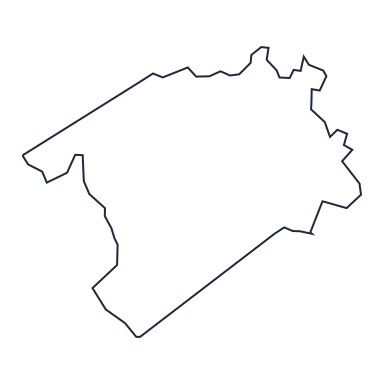 outline of Darlington, South Carolina, United States of America
{"feature_id": "52423323B78464360666079", "entity_name": "Darlington", "entity_type": "district", "adm_level": 2, "iso_a3": "USA", "parent_name": "United States of America", "parent_adm1": "South Carolina", "projection": "albers", "projection_center": [-79.93, 34.31], "detail": "fine", "context": "isolated", "style": "outline", "palette": "slate", "viewbox_px": 384, "rotation_deg": 0, "n_neighbors": 0, "source": "geoboundaries", "source_scale": "gbopen_adm2", "svg_char_len": 965}
<svg xmlns="http://www.w3.org/2000/svg" viewBox="0 0 384 384"><path d="M23.1,155.0L23.0,156.3L28.1,164.4L42.2,171.6L46.8,182.6L67.1,172.7L75.2,154.8L82.7,155.2L83.8,181.1L89.3,194.0L105.0,208.2L104.8,216.0L105.5,217.4L111.5,228.4L114.4,238.2L117.6,244.5L117.1,265.0L92.5,288.1L105.8,309.5L125.0,323.1L136.3,336.9L140.0,336.9L191.4,297.5L198.2,292.3L223.7,272.7L236.5,262.9L264.7,241.3L274.6,233.7L284.2,227.4L292.7,231.0L300.2,231.3L311.9,233.8L310.3,232.4L322.5,201.3L346.6,208.1L361.0,194.7L359.5,183.6L342.1,161.2L352.3,149.8L343.9,145.1L347.1,133.8L337.4,129.8L330.0,136.9L324.8,122.1L311.1,109.4L311.5,100.5L311.7,89.2L319.7,90.5L326.4,76.2L323.2,70.5L308.9,64.8L303.8,56.6L300.6,70.9L293.7,69.9L289.7,78.0L279.5,77.5L276.6,70.3L266.7,59.8L268.5,47.8L261.2,47.1L251.4,54.9L250.6,62.9L239.2,74.3L230.0,75.5L220.5,71.3L209.4,76.3L196.2,76.6L187.8,67.5L162.8,77.4L153.0,73.5L136.8,83.8L95.1,109.9L23.1,155.0Z" fill="none" stroke="#1e293b" stroke-width="2"/></svg>